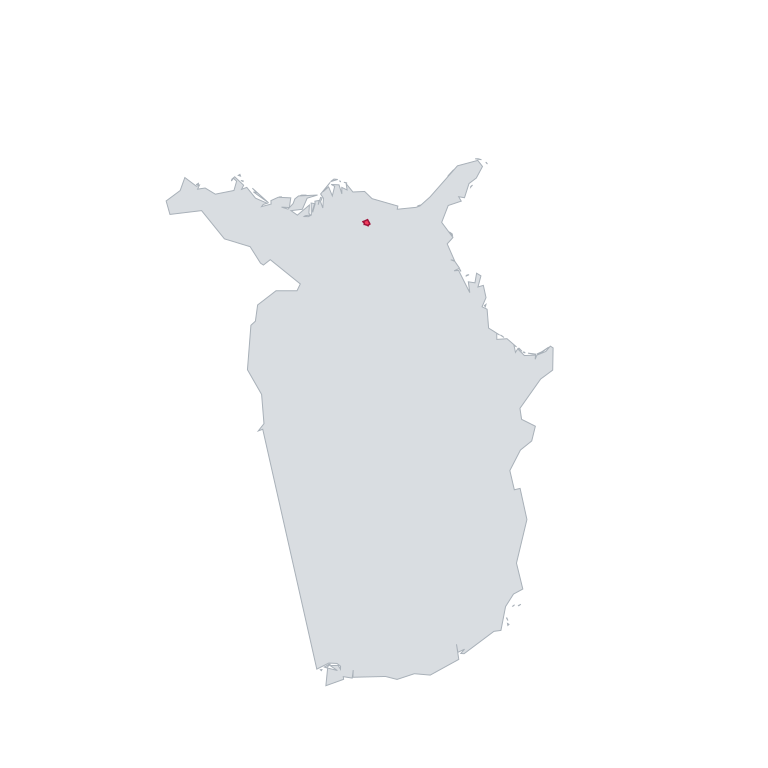 Union, North Carolina, United States of America shown in context, rotated 241°
{"feature_id": "52423323B12415258614636", "entity_name": "Union", "entity_type": "district", "adm_level": 2, "iso_a3": "USA", "parent_name": "United States of America", "parent_adm1": "North Carolina", "projection": "albers", "projection_center": [-80.585, 35.011], "detail": "fine", "context": "in_parent", "style": "filled", "palette": "rose", "viewbox_px": 768, "rotation_deg": 241, "n_neighbors": 0, "source": "geoboundaries", "source_scale": "gbopen_adm2", "svg_char_len": 4378}
<svg xmlns="http://www.w3.org/2000/svg" viewBox="0 0 768 768"><g transform="rotate(241 384 384)"><path d="M588.3,314.8L624.1,308.5L636.1,279.0L649.7,282.2L652.0,299.5L661.1,309.9L647.9,315.8L647.5,319.1L644.8,315.4L642.1,322.6L631.8,328.5L626.0,346.6L632.8,353.4L636.9,352.1L635.5,348.9L636.9,350.3L637.6,353.9L625.9,357.6L623.3,353.8L622.5,359.3L608.8,361.7L598.7,369.4L599.6,365.4L598.5,362.9L596.1,372.5L599.2,374.0L598.6,382.0L592.0,392.7L584.2,386.8L588.4,380.1L583.5,384.8L585.8,391.9L589.1,395.8L589.9,400.4L581.5,417.5L583.8,406.9L576.4,397.3L580.7,386.7L573.7,390.1L576.7,405.5L569.7,401.1L567.4,401.6L569.4,396.7L569.2,395.3L567.0,399.1L567.0,402.4L577.6,408.0L575.4,410.8L570.5,405.6L568.7,404.8L574.8,411.0L577.4,412.2L576.0,416.2L572.7,413.3L577.9,419.0L576.7,419.9L574.2,416.9L567.6,415.8L575.8,421.1L580.9,420.7L586.5,434.8L581.7,424.0L583.3,431.1L573.6,430.0L580.8,436.7L584.1,434.6L580.0,441.2L570.7,439.3L576.4,442.4L571.6,445.8L577.5,448.0L567.0,449.9L561.8,460.4L551.9,463.4L532.9,482.4L530.4,480.3L523.0,497.6L522.3,501.8L525.3,515.0L539.2,554.0L534.1,574.4L526.5,575.6L519.4,564.6L518.1,555.5L507.9,544.7L511.6,540.1L506.5,540.2L509.0,526.7L497.4,512.8L478.7,515.3L475.9,507.2L457.8,505.5L460.3,502.6L456.9,505.4L448.6,506.2L449.0,500.2L447.2,504.3L422.3,503.3L432.5,507.3L428.4,512.6L436.0,518.7L431.6,521.2L423.3,513.2L422.1,518.7L410.1,515.1L404.0,507.2L399.4,510.4L382.2,502.6L370.7,508.9L373.6,507.1L368.3,504.3L364.0,513.5L352.1,517.9L355.0,516.5L347.9,514.3L349.9,518.0L340.8,520.6L335.8,530.5L332.3,528.2L335.1,531.6L334.0,541.3L336.5,547.8L333.6,549.4L314.4,538.3L312.4,523.4L296.8,491.1L286.4,487.2L273.7,495.9L262.6,485.6L260.1,471.3L247.3,452.1L228.3,446.7L226.7,452.4L196.2,443.3L163.1,413.0L137.4,406.0L137.5,395.4L130.4,382.4L111.8,366.8L114.4,360.2L109.3,323.3L111.1,320.5L113.0,325.9L113.5,318.5L121.2,321.2L106.9,315.9L107.0,283.3L115.9,270.1L119.3,252.2L127.5,243.5L142.6,214.6L148.7,218.4L142.2,213.6L147.8,206.5L145.3,205.5L148.3,186.9L162.9,197.0L156.0,204.3L163.8,200.4L160.1,207.5L155.6,207.6L158.2,209.2L162.4,207.4L166.7,200.4L167.2,187.0L403.2,256.0L403.9,251.3L407.5,259.8L434.2,271.9L462.7,271.5L499.9,296.1L501.3,302.0L514.4,311.8L517.9,334.8L507.7,353.1L512.1,359.3L547.9,344.8L546.5,336.2L549.6,334.6L569.0,333.5L588.3,314.8ZM613.2,365.3L619.1,363.8L598.4,370.9L615.3,362.9L613.2,365.3ZM165.4,194.6L165.5,200.2L165.0,200.9L163.6,196.1L165.4,194.6ZM336.4,546.0L335.1,537.1L336.1,532.3L335.7,537.5L336.4,546.0ZM649.4,316.3L649.5,319.0L648.6,318.5L649.4,316.3ZM403.9,509.8L404.2,511.8L402.4,510.0L403.9,509.8ZM117.0,377.7L119.9,377.7L119.9,378.0L117.0,377.7ZM114.7,375.9L113.2,376.8L112.8,375.3L114.7,375.9ZM631.4,357.5L629.9,359.3L629.4,358.9L631.4,357.5ZM338.4,528.2L336.2,531.7L341.2,524.9L338.4,528.2ZM535.1,541.1L537.7,548.8L534.6,540.4L535.1,541.1ZM127.3,388.8L127.6,391.2L127.1,388.9L127.3,388.8ZM535.3,575.6L532.9,578.0L536.8,572.9L535.3,575.6ZM587.5,439.6L585.3,442.7L586.9,435.4L587.5,439.6ZM164.9,189.9L164.3,191.2L163.7,190.2L164.9,189.9ZM349.8,519.5L345.5,520.6L350.0,519.0L349.8,519.5ZM637.1,357.7L637.2,359.6L635.4,359.3L637.1,357.7ZM125.1,394.2L125.0,396.9L124.7,394.3L125.1,394.2ZM344.3,521.9L342.6,522.6L344.2,521.3L344.3,521.9ZM589.1,403.7L586.8,407.8L589.4,402.1L589.1,403.7ZM369.2,510.4L366.5,511.5L370.5,509.5L369.2,510.4ZM523.5,499.6L522.9,502.8L522.7,500.6L523.5,499.6ZM578.4,448.5L577.5,449.1L579.9,446.7L578.4,448.5ZM485.4,514.9L482.2,516.4L481.0,516.0L485.4,514.9ZM447.4,505.6L446.8,506.1L445.1,505.8L447.4,505.6ZM514.7,555.7L515.1,557.9L514.1,555.2L514.7,555.7ZM439.1,509.4L438.4,511.4L438.6,507.7L439.1,509.4ZM528.0,580.9L526.2,581.1L528.7,580.5L528.0,580.9ZM598.2,383.5L597.1,385.5L598.4,382.6L598.2,383.5ZM583.4,443.4L582.4,444.2L582.2,444.1L583.4,443.4Z" fill="#d9dde1" stroke="#a8b0b8" stroke-width="1"/><path d="M533.7,444.5L533.2,444.1L533.1,444.3L532.7,444.7L532.3,445.0L532.1,445.2L531.7,445.7L531.5,445.8L531.2,446.1L530.9,446.4L530.5,446.5L530.4,446.6L530.1,446.9L530.3,447.1L530.5,447.4L530.7,447.7L530.7,448.2L530.6,449.0L530.8,449.2L531.3,449.2L531.8,449.3L532.2,449.3L532.4,449.3L532.5,449.3L533.1,449.3L533.8,449.3L534.3,449.3L534.5,449.3L534.8,449.3L535.4,449.3L535.7,449.3L535.9,446.9L535.9,446.6L536.2,444.3L535.9,444.3L535.7,444.6L535.3,444.7L535.2,444.5L534.5,444.7L534.4,444.8L534.1,444.7L533.7,444.5L533.7,444.5Z" fill="#f43f5e" stroke="#9f1239" stroke-width="1.5"/></g></svg>